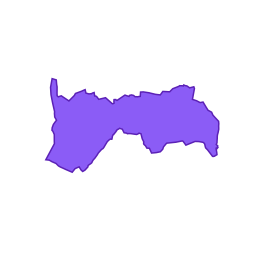 Demsa, Adamawa, Nigeria, rotated 210°
{"feature_id": "59680162B45761287530482", "entity_name": "Demsa", "entity_type": "district", "adm_level": 2, "iso_a3": "NGA", "parent_name": "Nigeria", "parent_adm1": "Adamawa", "projection": "natural_earth1", "projection_center": [11.987, 9.411], "detail": "fine", "context": "isolated", "style": "filled", "palette": "violet", "viewbox_px": 256, "rotation_deg": 210, "n_neighbors": 0, "source": "geoboundaries", "source_scale": "gbopen_adm2", "svg_char_len": 2806}
<svg xmlns="http://www.w3.org/2000/svg" viewBox="0 0 256 256"><g transform="rotate(210 128 128)"><path d="M194.1,96.9L194.4,93.8L193.8,90.3L192.7,88.0L191.4,87.6L188.6,85.5L185.1,79.5L183.9,77.6L183.3,59.4L180.1,60.8L176.9,60.8L172.6,61.3L169.3,60.4L167.1,60.4L164.3,60.7L160.9,61.0L154.2,61.8L153.5,66.4L150.9,69.9L147.5,68.1L145.5,67.7L144.2,70.0L143.3,74.1L143.4,74.5L143.8,75.7L142.4,78.6L142.0,79.8L142.2,81.8L142.1,83.1L141.6,85.3L141.2,89.4L141.2,91.5L140.5,94.8L140.2,96.2L139.4,97.7L139.2,99.3L139.2,102.0L139.1,105.9L138.3,108.6L137.7,109.6L136.4,110.2L136.8,111.6L137.2,112.6L137.4,113.2L137.4,113.8L137.5,114.3L137.5,114.8L137.3,115.1L137.2,115.2L137.1,115.3L137.2,115.5L137.2,115.8L137.1,116.2L137.0,116.5L136.9,116.8L136.8,118.1L136.6,118.6L136.6,119.0L136.8,119.5L136.6,119.8L136.5,120.0L136.5,120.6L136.6,120.9L136.4,121.4L135.6,122.4L135.2,123.5L132.3,124.1L129.0,121.9L126.5,122.9L126.0,122.8L125.7,122.7L124.5,123.6L122.8,124.5L117.3,126.7L116.3,128.0L115.9,129.0L113.9,129.5L110.2,125.7L108.2,124.4L107.4,123.9L106.9,122.6L106.1,121.8L105.2,121.6L103.9,121.3L101.6,120.0L99.3,121.1L95.1,118.1L92.2,120.1L91.0,121.0L88.1,123.6L87.3,126.9L87.8,129.5L87.0,133.9L86.8,134.3L79.5,139.6L74.7,143.8L74.1,144.0L73.6,144.0L73.1,143.8L69.3,142.1L63.2,149.9L59.8,151.7L55.9,153.1L55.1,153.1L53.6,152.5L51.6,150.3L50.8,149.6L48.0,148.8L40.6,145.7L39.9,146.0L39.1,146.7L37.6,149.4L38.9,151.2L40.4,153.0L41.3,154.0L41.5,154.8L40.6,154.7L40.4,156.2L41.4,156.9L41.4,157.4L43.3,157.8L43.6,159.8L44.1,160.7L44.8,162.1L45.4,163.4L46.5,165.4L47.1,166.8L47.7,169.1L48.8,172.3L50.0,174.3L50.4,174.9L51.5,177.1L52.9,179.1L57.8,180.6L60.9,181.6L63.5,183.5L67.6,183.4L70.6,185.0L73.5,186.6L76.0,188.0L78.2,186.1L79.6,186.0L82.2,185.9L86.5,185.0L90.2,195.4L91.6,196.6L94.7,193.6L98.0,193.9L100.0,193.2L101.2,193.2L101.1,192.2L101.4,192.2L101.5,192.0L102.1,191.7L102.9,191.3L103.4,191.0L103.9,190.7L104.4,190.5L104.9,189.4L108.9,184.4L110.0,180.2L116.1,177.1L116.6,172.8L121.0,170.9L126.7,169.2L127.2,169.1L132.8,166.9L135.1,165.4L133.2,161.5L134.8,160.3L135.3,159.8L136.2,159.4L137.6,158.6L139.4,159.0L141.5,158.4L143.0,157.0L142.9,155.8L145.9,155.2L147.1,155.0L151.3,146.4L152.6,146.3L152.8,146.5L153.5,146.1L153.9,145.9L154.3,145.6L153.4,143.8L152.5,142.6L152.9,141.8L153.7,141.2L153.9,141.2L154.5,141.3L158.3,142.1L162.6,143.0L167.7,138.2L170.4,139.4L171.7,139.6L172.9,139.1L175.1,141.8L176.4,140.3L176.7,139.4L177.5,139.0L178.8,138.0L181.9,137.2L184.3,139.8L185.6,138.1L186.4,136.9L190.8,131.6L190.7,129.4L192.7,121.9L201.9,122.5L204.0,120.1L205.5,120.5L206.9,122.7L208.0,124.7L210.0,128.2L211.6,130.1L213.6,133.0L214.2,133.8L218.4,132.8L215.4,124.5L211.3,118.3L205.9,112.1L199.8,105.5L198.9,103.7L197.7,102.0L197.0,100.9L193.8,99.0L194.1,96.9Z" fill="#8b5cf6" stroke="#5b21b6" stroke-width="1.5"/></g></svg>